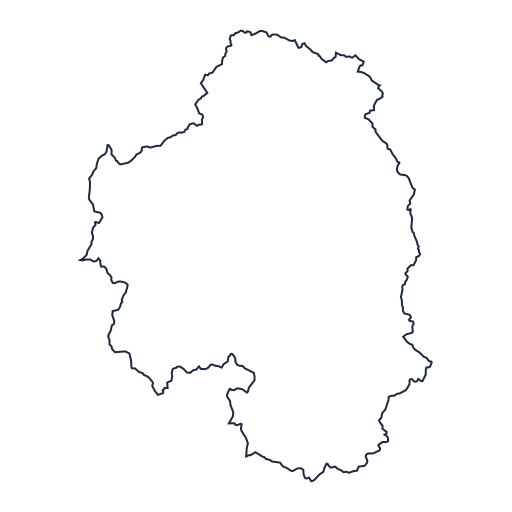 Yauyos, Lima, Peru
{"feature_id": "86281439B83806750890504", "entity_name": "Yauyos", "entity_type": "district", "adm_level": 2, "iso_a3": "PER", "parent_name": "Peru", "parent_adm1": "Lima", "projection": "mercator", "projection_center": [-75.885, -12.522], "detail": "fine", "context": "isolated", "style": "outline", "palette": "slate", "viewbox_px": 512, "rotation_deg": 0, "n_neighbors": 0, "source": "geoboundaries", "source_scale": "gbopen_adm2", "svg_char_len": 5995}
<svg xmlns="http://www.w3.org/2000/svg" viewBox="0 0 512 512"><path d="M246.2,456.5L249.0,455.1L250.5,455.2L255.3,452.2L262.5,456.6L264.5,457.2L265.7,458.8L270.1,460.0L272.0,461.5L280.0,462.6L282.8,466.3L287.4,468.3L290.8,470.7L292.6,471.1L297.7,468.3L301.2,468.3L303.3,469.9L303.6,474.2L304.9,477.8L306.3,478.6L309.0,477.6L311.3,481.3L312.9,480.9L314.9,479.4L319.4,474.5L323.4,471.8L324.3,468.1L326.6,463.6L327.6,463.9L328.9,466.1L331.1,467.7L335.1,466.6L338.4,469.3L341.0,470.1L343.5,472.2L346.6,471.8L349.0,472.8L353.6,471.1L356.9,470.7L358.7,466.6L364.6,465.8L367.0,462.9L367.4,461.0L365.6,456.1L366.5,454.5L368.1,453.4L372.8,453.5L379.0,450.7L379.9,449.8L380.0,448.2L378.3,445.5L378.6,444.7L382.6,442.0L386.5,442.0L388.1,441.1L388.0,438.2L387.3,436.9L386.3,435.5L384.6,434.7L386.5,433.3L386.6,431.9L382.4,428.7L382.6,425.7L380.4,423.1L379.0,420.3L381.3,417.8L382.3,413.0L385.2,409.7L388.5,400.2L388.7,396.9L392.0,395.6L393.9,395.9L396.9,393.9L399.4,393.5L406.0,390.1L409.5,384.4L409.6,380.0L410.1,379.4L411.9,379.1L413.9,381.3L415.6,381.8L416.8,381.2L418.4,378.9L421.0,381.1L422.4,381.2L425.7,374.7L425.8,369.5L426.5,367.4L429.1,367.3L430.1,366.6L431.7,362.5L431.4,361.6L429.0,361.2L426.8,358.1L423.7,356.6L419.3,352.3L415.4,349.9L413.5,348.0L412.3,344.7L410.3,344.2L407.2,342.0L403.2,336.8L406.4,334.3L411.4,333.0L412.8,332.0L412.3,326.5L413.7,323.5L412.9,321.5L409.6,320.8L408.9,320.0L411.0,317.2L409.7,314.8L404.3,313.4L402.9,310.8L403.0,307.8L402.0,305.1L401.8,300.0L400.9,297.4L402.5,289.6L402.3,286.3L402.9,285.1L405.0,284.1L405.3,281.5L406.6,280.1L407.6,277.5L407.7,276.4L405.7,274.6L405.4,273.3L407.5,271.2L407.6,268.5L411.1,265.1L413.5,265.3L416.1,260.2L416.2,257.2L418.8,256.1L420.1,254.2L418.9,251.7L419.1,250.4L417.9,248.7L418.7,246.6L417.4,244.4L417.2,242.4L414.3,235.6L413.9,233.2L412.2,231.5L412.1,229.4L411.3,228.3L412.1,217.7L410.2,213.0L410.7,209.7L410.4,209.1L409.2,210.0L407.4,209.7L407.8,206.1L410.3,203.5L409.6,200.5L413.8,194.5L414.9,189.7L412.5,187.7L408.6,178.0L406.9,176.0L405.7,175.3L400.3,174.5L398.6,173.3L397.1,170.8L396.9,168.7L397.9,165.1L399.3,163.3L399.3,162.5L397.4,161.7L395.7,158.0L392.7,154.3L390.1,149.3L388.2,149.1L387.4,148.1L387.3,144.6L385.1,142.5L382.5,141.0L376.7,133.4L375.4,131.2L375.5,129.4L372.6,127.1L372.4,123.4L368.3,119.2L364.8,117.8L364.9,115.4L365.8,114.1L369.5,112.9L370.1,110.6L374.1,110.2L373.8,105.8L377.0,99.8L379.5,98.9L382.6,96.7L382.2,95.3L382.9,93.8L382.1,91.8L378.1,88.2L378.6,86.6L379.8,85.4L378.5,85.1L371.5,80.3L370.5,77.7L368.7,75.9L364.0,73.0L360.8,71.9L357.8,71.7L359.3,67.2L360.5,65.5L362.5,65.2L363.7,61.6L359.1,59.2L355.4,55.3L352.6,57.5L350.6,57.3L349.5,56.4L346.2,56.9L344.3,55.4L340.7,55.1L335.9,52.7L335.6,56.8L333.2,58.6L332.1,60.3L327.9,61.1L326.2,62.3L321.8,59.1L319.7,56.1L318.5,55.7L318.3,54.2L312.3,51.9L311.0,50.0L306.2,46.1L304.4,43.2L302.3,44.0L301.4,47.0L299.0,47.9L298.3,47.6L294.8,40.1L292.9,41.0L289.7,40.6L284.3,37.7L281.1,37.4L276.9,34.6L272.7,34.5L271.1,35.4L270.7,36.5L269.6,36.8L268.4,36.1L266.3,32.3L261.8,30.9L260.0,31.0L254.7,34.0L251.5,35.1L250.6,32.5L249.1,31.7L247.1,31.3L246.6,32.3L245.0,32.8L242.5,30.9L240.6,30.7L238.1,32.5L235.7,33.0L233.7,35.2L230.7,35.5L229.7,39.1L230.6,40.6L230.4,42.7L231.5,44.9L230.8,45.8L227.3,46.6L226.5,47.3L226.0,49.2L226.7,51.2L225.3,53.9L225.3,55.8L222.9,57.7L222.1,60.9L222.1,64.1L216.6,66.7L212.4,72.7L209.2,73.5L207.8,75.3L205.2,74.6L203.2,80.0L200.8,83.2L207.3,92.9L203.7,95.9L202.0,96.5L200.7,98.5L198.3,99.9L195.2,104.4L197.1,107.8L199.2,113.4L202.3,114.6L202.5,115.1L203.1,117.1L201.9,119.6L202.1,124.1L201.6,124.5L198.3,124.8L197.1,125.9L193.7,123.3L189.9,124.1L187.7,127.4L187.5,129.0L185.4,129.6L184.4,131.8L181.7,132.7L179.2,132.4L176.9,133.5L175.7,135.1L173.1,135.4L170.4,137.3L167.9,137.8L164.5,140.6L160.5,145.8L156.7,145.9L150.2,147.6L147.1,146.4L142.4,147.3L141.9,147.9L141.6,150.8L140.4,152.6L136.5,154.5L135.0,156.8L131.1,160.7L128.2,162.7L120.5,164.4L119.1,163.7L117.1,161.0L115.9,160.6L114.8,157.6L111.6,154.6L111.5,149.7L108.7,145.2L107.5,145.1L106.6,151.5L104.8,154.3L101.7,155.8L98.6,158.7L96.9,163.6L96.2,168.2L93.5,171.3L92.2,174.6L89.1,178.6L90.0,182.1L89.8,189.5L88.8,197.7L89.3,199.6L93.0,204.6L94.3,211.4L100.3,212.8L101.8,214.6L102.4,217.4L99.0,223.0L95.6,222.0L95.0,222.4L95.5,224.8L93.1,227.6L91.8,232.9L93.0,236.0L93.0,238.9L91.4,242.1L91.5,244.2L87.6,250.6L86.6,254.9L82.8,258.8L80.3,260.1L82.3,260.5L85.4,259.6L90.3,259.5L93.2,261.3L94.5,261.5L96.8,260.6L98.4,258.3L100.3,260.7L100.2,262.9L101.2,266.6L103.9,266.5L106.0,268.3L107.7,273.3L109.9,274.9L111.5,277.6L111.2,280.0L112.8,282.9L114.5,283.2L118.4,281.5L120.9,281.5L125.1,282.6L127.4,284.3L127.7,285.3L125.9,292.2L123.1,296.2L121.7,300.3L122.3,302.0L121.0,303.3L120.0,307.1L118.1,309.8L112.7,311.1L112.3,315.5L114.2,320.8L114.2,323.2L113.3,324.5L111.9,325.3L110.8,330.3L108.1,335.9L109.5,340.3L109.5,344.4L111.5,346.3L112.2,349.2L115.0,352.2L125.4,351.4L129.4,353.5L131.1,360.6L131.4,367.1L131.9,368.3L135.0,368.4L139.2,372.1L142.5,373.0L144.2,375.3L146.1,375.7L149.0,377.7L152.6,382.1L153.0,383.2L152.2,385.8L154.9,391.0L158.0,394.9L163.0,393.1L163.3,392.1L162.6,390.3L164.0,389.5L164.5,387.9L167.6,388.0L167.2,382.6L171.4,380.7L172.2,376.7L171.8,372.4L172.6,369.3L173.5,368.6L176.5,367.7L177.4,366.6L180.1,366.6L183.8,369.1L186.9,372.5L190.2,372.8L193.1,370.3L196.4,369.5L199.0,366.4L200.8,368.9L205.6,369.1L208.2,367.7L210.8,364.6L212.0,364.5L215.5,365.8L218.4,366.1L221.6,367.6L223.7,364.1L227.7,361.5L228.5,356.7L229.9,355.8L230.8,353.9L232.0,353.9L233.2,354.9L235.3,358.5L235.4,361.5L237.0,364.7L239.5,365.8L242.5,365.9L244.9,368.4L253.8,372.8L254.6,376.9L254.5,380.3L248.9,387.6L247.9,391.6L247.0,392.6L242.4,389.3L238.7,388.4L236.6,388.6L234.5,390.1L231.7,390.0L230.1,388.8L229.4,389.2L227.0,394.7L227.2,396.8L230.0,401.0L230.5,405.1L233.3,412.4L232.8,416.5L228.9,423.4L234.6,423.3L235.3,424.8L237.3,425.1L240.8,423.7L241.6,424.1L241.0,428.2L241.3,430.5L246.0,438.0L247.9,443.3L246.7,448.4L246.2,456.5Z" fill="none" stroke="#1e293b" stroke-width="2"/></svg>